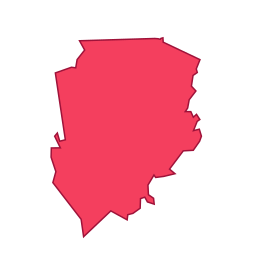 Fayette, West Virginia, United States of America (Albers equal-area conic projection), rotated 77°
{"feature_id": "52423323B52467721983842", "entity_name": "Fayette", "entity_type": "district", "adm_level": 2, "iso_a3": "USA", "parent_name": "United States of America", "parent_adm1": "West Virginia", "projection": "albers", "projection_center": [-81.045, 38.041], "detail": "fine", "context": "isolated", "style": "filled", "palette": "rose", "viewbox_px": 256, "rotation_deg": 77, "n_neighbors": 0, "source": "geoboundaries", "source_scale": "gbopen_adm2", "svg_char_len": 856}
<svg xmlns="http://www.w3.org/2000/svg" viewBox="0 0 256 256"><g transform="rotate(77 128 128)"><path d="M77.6,42.5L52.3,74.4L48.0,73.7L48.1,75.8L48.8,76.7L47.8,78.6L46.8,81.8L32.1,155.6L42.3,152.7L49.9,162.2L57.6,165.4L56.1,169.4L58.0,186.4L125.4,191.7L125.5,197.5L117.0,198.0L119.5,201.3L132.1,198.4L130.2,207.2L139.1,209.5L154.3,208.1L164.3,213.5L206.4,194.2L223.9,195.7L204.9,163.4L217.3,149.5L212.4,147.7L212.3,142.4L208.9,134.2L199.6,131.7L199.2,127.2L204.4,125.7L208.1,119.6L202.2,118.9L197.6,123.1L188.1,121.4L179.7,113.3L182.4,112.2L183.2,104.1L183.1,92.5L177.4,96.8L162.7,79.3L164.4,69.4L157.0,61.2L152.5,58.3L145.2,58.8L145.3,64.8L137.1,59.1L135.9,56.1L130.1,58.2L132.2,61.9L126.2,63.1L124.9,68.5L122.0,65.4L114.2,62.0L107.2,53.5L101.5,56.8L91.4,52.8L89.5,48.0L85.8,48.2L77.6,42.5Z" fill="#f43f5e" stroke="#9f1239" stroke-width="1.5"/></g></svg>